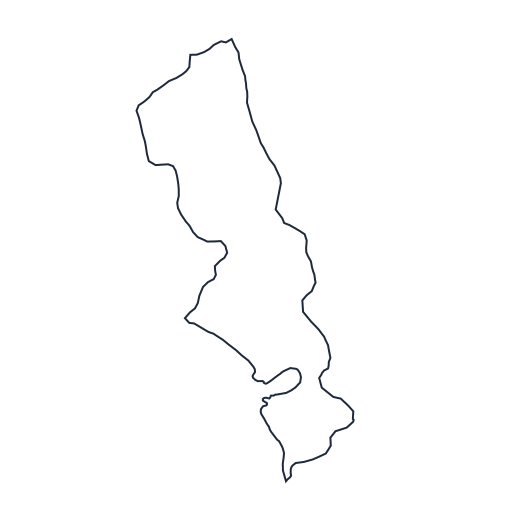 Ndokwa East, Delta, Nigeria, rotated 326°
{"feature_id": "59680162B10854216301983", "entity_name": "Ndokwa East", "entity_type": "district", "adm_level": 2, "iso_a3": "NGA", "parent_name": "Nigeria", "parent_adm1": "Delta", "projection": "natural_earth1", "projection_center": [6.478, 5.659], "detail": "fine", "context": "isolated", "style": "outline", "palette": "slate", "viewbox_px": 512, "rotation_deg": 326, "n_neighbors": 0, "source": "geoboundaries", "source_scale": "gbopen_adm2", "svg_char_len": 3025}
<svg xmlns="http://www.w3.org/2000/svg" viewBox="0 0 512 512"><g transform="rotate(326 256 256)"><path d="M241.3,416.1L236.9,401.9L240.2,392.4L243.3,391.2L245.6,389.8L248.4,389.0L251.5,389.4L252.9,389.5L254.7,387.8L257.2,384.5L260.7,382.1L264.3,373.6L265.8,370.4L266.7,364.3L267.4,360.8L267.2,359.3L266.8,351.5L265.0,341.3L263.9,329.7L263.8,328.6L269.6,318.7L275.9,316.9L281.3,316.4L282.6,316.3L287.7,312.9L290.4,311.5L292.0,308.0L293.9,304.2L294.7,301.0L296.1,296.7L296.8,295.1L298.5,291.3L299.0,285.2L299.8,281.0L302.0,277.4L304.5,274.3L306.7,271.5L308.5,265.2L306.5,260.3L304.1,255.2L302.3,251.6L301.4,249.8L301.2,249.3L297.8,244.4L298.9,239.4L298.3,228.5L317.3,209.6L319.6,205.1L321.9,191.2L321.3,183.3L322.0,176.6L322.9,170.4L323.1,165.1L325.7,155.3L326.6,151.8L328.1,142.5L331.3,133.1L334.3,123.8L338.1,118.8L340.5,114.9L341.9,111.3L344.3,107.2L345.7,104.0L347.5,100.8L348.9,94.3L352.1,83.6L355.3,77.5L355.5,73.3L355.6,71.2L357.1,62.5L350.5,62.1L347.1,58.5L339.0,57.4L333.3,58.3L326.9,57.9L319.5,56.0L314.1,52.5L310.1,57.3L306.4,62.1L301.7,63.7L296.4,64.2L289.6,63.9L281.6,62.3L277.2,62.6L274.2,62.8L266.8,62.9L262.1,62.5L256.7,64.6L250.6,65.4L247.7,65.5L242.9,65.5L241.7,66.4L238.2,68.7L236.2,76.3L233.6,83.1L230.2,91.5L228.2,98.2L227.2,100.7L226.2,103.0L222.6,110.6L220.2,117.4L223.6,124.5L229.7,128.0L229.8,128.1L234.4,130.8L237.5,135.1L237.1,140.3L235.1,145.9L232.1,152.3L229.5,157.1L225.5,163.1L220.4,167.9L218.1,172.7L217.6,176.1L217.1,179.8L217.1,188.2L217.8,193.8L217.2,200.9L218.2,207.7L220.9,212.0L222.0,213.8L223.6,216.7L228.9,220.2L235.2,224.0L236.2,230.6L233.9,237.2L228.8,239.8L223.6,239.9L216.2,241.4L214.4,244.5L213.9,245.3L212.2,249.2L208.0,251.5L201.6,250.8L194.8,252.0L190.3,255.0L186.8,257.3L181.4,262.5L176.1,265.3L169.7,265.8L162.3,267.8L163.3,274.2L167.0,277.3L174.1,292.4L177.3,296.6L178.4,299.3L181.7,307.1L183.7,313.8L186.8,322.9L188.5,330.1L191.2,338.4L191.9,346.3L191.7,349.1L190.3,351.7L187.2,352.9L185.9,353.8L185.5,355.2L186.1,358.3L187.5,360.7L190.1,362.5L191.5,363.3L192.0,364.7L191.6,365.5L192.5,367.2L193.9,367.7L199.5,367.7L203.1,367.4L207.6,367.2L210.7,367.2L211.7,366.9L214.4,366.9L221.8,368.1L223.9,370.0L226.1,371.9L227.0,373.6L226.9,377.8L225.5,381.6L221.9,385.5L215.3,387.0L210.2,387.1L204.5,386.4L195.7,382.5L194.6,381.7L192.7,381.7L190.3,380.1L189.1,381.0L187.4,381.6L185.0,379.0L183.2,378.2L181.7,378.4L180.9,379.7L181.6,381.6L182.8,383.9L182.1,385.3L181.0,385.6L177.7,384.5L174.4,385.8L172.7,387.9L172.0,390.2L171.9,392.9L171.8,395.4L171.2,400.9L171.2,404.9L170.4,407.5L170.2,410.0L170.6,417.0L170.8,420.2L171.6,422.5L171.0,428.9L170.4,431.1L169.1,434.9L166.1,438.7L162.0,443.2L158.4,448.9L154.9,459.5L157.3,458.8L160.4,458.5L162.2,457.8L163.2,455.6L164.5,453.7L166.2,451.5L168.8,450.2L173.1,449.8L180.5,453.5L189.3,456.4L194.6,457.4L195.7,457.6L203.4,458.8L206.0,457.7L211.9,455.1L216.1,448.2L223.9,445.7L231.0,447.8L235.2,449.0L243.7,447.8L245.3,446.6L245.1,445.3L249.8,439.2L248.8,431.7L246.5,421.6L241.3,416.1Z" fill="none" stroke="#1e293b" stroke-width="2"/></g></svg>